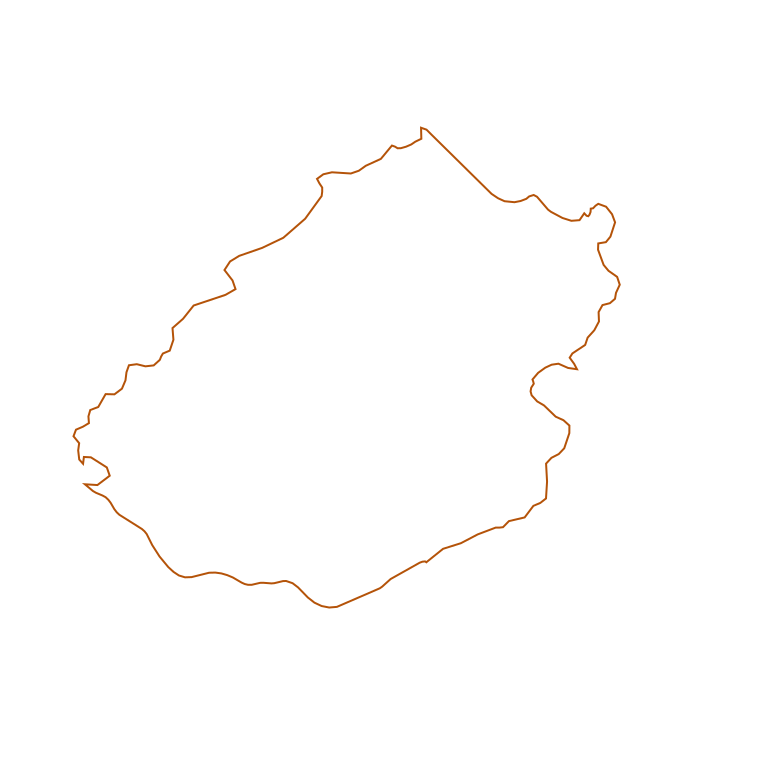 map outline of Savannakhét (Robinson projection), rotated 315°
{"feature_id": "LAO-3282", "entity_name": "Savannakhét", "entity_type": "Province", "adm_level": 1, "iso_a3": "LAO", "parent_name": "Laos", "parent_adm1": "", "projection": "robinson", "projection_center": [105.728, 16.499], "detail": "fine", "context": "isolated", "style": "outline", "palette": "amber", "viewbox_px": 768, "rotation_deg": 315, "n_neighbors": 0, "source": "natural_earth", "source_scale": "10m", "svg_char_len": 2542}
<svg xmlns="http://www.w3.org/2000/svg" viewBox="0 0 768 768"><g transform="rotate(315 384 384)"><path d="M104.7,282.8L104.8,281.9L106.7,274.7L107.2,271.0L107.1,267.2L106.1,263.8L103.4,257.2L102.5,253.8L101.6,243.4L109.9,252.8L125.2,254.9L129.0,247.0L124.9,228.6L120.2,223.4L114.8,227.6L115.1,221.9L120.8,214.7L126.6,210.3L127.5,201.4L133.9,198.5L140.9,201.3L147.7,203.0L152.1,197.9L157.9,194.7L165.7,198.2L180.0,194.3L186.1,200.7L195.4,202.0L203.8,198.6L210.2,193.6L216.9,190.4L223.2,195.2L227.8,202.8L234.3,208.0L242.6,208.4L245.8,207.0L249.2,206.1L256.1,208.9L266.4,203.8L274.0,194.9L288.0,195.8L304.9,193.9L335.0,208.9L346.1,211.9L350.1,203.7L351.8,190.6L361.8,188.5L372.2,191.0L394.1,201.6L416.2,209.4L445.1,211.4L472.8,207.0L476.2,204.4L479.2,201.4L480.2,196.5L481.7,191.6L489.4,192.8L496.9,197.5L509.4,211.7L517.0,215.4L525.4,216.8L541.0,222.6L558.2,221.0L559.6,223.9L560.3,226.9L562.7,229.2L567.4,231.8L572.7,233.9L577.5,234.8L583.8,237.0L591.4,229.0L593.9,234.2L593.9,241.2L594.5,325.6L596.0,333.3L598.5,340.0L604.8,347.7L610.0,351.2L615.6,353.7L619.3,354.0L623.5,356.2L624.6,359.8L623.3,376.7L623.8,380.3L627.6,392.8L631.9,401.1L638.1,406.4L646.3,404.9L646.2,408.3L647.1,409.8L649.0,409.6L651.7,408.4L654.2,406.2L656.1,407.6L659.6,407.5L662.9,408.1L666.4,415.7L665.3,425.2L661.7,433.1L648.3,439.9L641.2,440.6L634.9,436.1L630.3,440.4L623.5,455.1L622.8,462.7L624.6,473.1L620.9,480.5L612.5,483.6L607.6,487.1L600.9,486.6L594.3,482.7L586.6,484.9L580.2,491.8L570.7,494.7L560.8,495.2L553.9,498.6L538.8,495.6L533.9,496.7L532.7,504.2L530.9,510.0L525.5,502.8L521.7,493.0L516.2,488.9L509.6,486.5L500.9,485.1L492.2,485.8L491.3,487.7L490.1,489.7L485.5,490.7L482.4,492.9L480.4,496.4L480.0,504.6L482.0,512.3L482.3,528.5L485.3,536.5L485.7,544.5L480.3,549.8L466.0,556.9L458.0,557.1L450.2,554.6L442.3,554.9L430.3,568.3L417.6,579.5L410.4,578.6L403.5,575.8L389.1,577.8L375.4,569.3L366.9,569.4L364.0,567.1L361.4,564.5L343.9,556.6L325.7,550.9L309.2,542.3L288.0,540.0L287.9,540.0L287.6,538.5L285.5,536.8L282.9,535.6L250.8,526.6L239.4,526.0L236.6,525.5L200.7,511.3L193.1,508.3L187.2,503.3L182.9,496.9L180.2,489.4L179.2,481.1L179.4,467.0L178.5,460.2L175.5,454.1L173.3,452.0L167.9,448.7L165.5,447.2L163.4,445.4L158.0,439.1L155.8,437.0L148.4,432.4L145.9,429.9L144.1,427.0L142.9,423.8L140.3,413.9L138.0,408.3L135.1,403.0L131.4,398.1L126.9,393.8L111.4,384.5L106.6,380.0L103.6,374.4L102.3,368.0L102.0,360.9L103.3,347.3L106.2,334.0L110.1,322.3L110.5,318.8L110.3,315.4L104.4,289.3L104.3,285.7L104.7,282.8Z" fill="none" stroke="#b45309" stroke-width="2"/></g></svg>